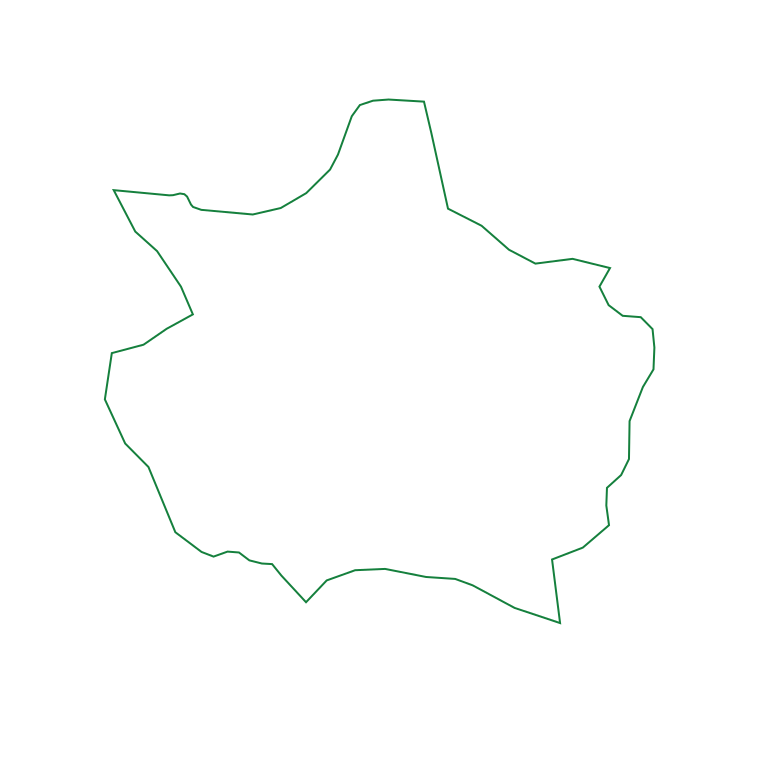 SVG path tracing the border of Arua, rotated 75°
{"feature_id": "UGA-3080", "entity_name": "Arua", "entity_type": "County", "adm_level": 1, "iso_a3": "UGA", "parent_name": "Uganda", "parent_adm1": "", "projection": "albers", "projection_center": [31.087, 2.968], "detail": "fine", "context": "isolated", "style": "outline", "palette": "green", "viewbox_px": 768, "rotation_deg": 75, "n_neighbors": 0, "source": "natural_earth", "source_scale": "10m", "svg_char_len": 1017}
<svg xmlns="http://www.w3.org/2000/svg" viewBox="0 0 768 768"><g transform="rotate(75 384 384)"><path d="M126.8,594.9L146.2,542.6L147.0,538.9L147.2,531.7L149.0,527.7L152.0,525.7L160.7,524.0L163.6,522.6L168.5,515.4L186.3,466.9L187.3,438.2L179.5,409.7L162.9,380.6L150.5,369.1L117.0,345.8L108.3,335.1L107.5,321.3L110.4,306.0L121.6,272.3L153.4,273.3L231.2,276.8L256.4,248.8L286.7,228.5L306.9,206.6L311.9,169.5L330.5,135.7L345.7,150.7L366.0,146.6L379.9,135.8L385.9,118.7L400.5,110.4L418.8,113.4L439.6,119.9L453.9,134.7L483.4,156.4L519.9,166.8L533.3,178.5L542.0,195.5L558.9,200.7L578.6,203.2L593.5,234.3L597.0,267.1L660.5,275.8L634.1,315.8L601.4,350.5L590.7,365.7L581.3,393.3L562.9,430.8L556.4,460.1L558.9,490.2L574.6,515.8L542.5,532.7L529.0,538.7L525.8,548.4L519.5,559.7L509.2,567.7L505.4,578.5L506.6,593.3L499.0,603.7L473.2,623.9L403.2,633.0L374.5,649.4L326.6,657.6L283.7,638.9L283.8,606.1L274.4,579.6L267.3,550.6L237.5,554.9L196.9,568.8L172.4,584.8L126.8,594.9Z" fill="none" stroke="#15803d" stroke-width="2"/></g></svg>